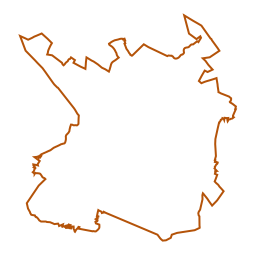 Suchiapa, Chiapas, Mexico (Mercator projection)
{"feature_id": "50627088B44239726364509", "entity_name": "Suchiapa", "entity_type": "district", "adm_level": 2, "iso_a3": "MEX", "parent_name": "Mexico", "parent_adm1": "Chiapas", "projection": "mercator", "projection_center": [-93.131, 16.595], "detail": "fine", "context": "isolated", "style": "outline", "palette": "amber", "viewbox_px": 256, "rotation_deg": 0, "n_neighbors": 0, "source": "geoboundaries", "source_scale": "gbopen_adm2", "svg_char_len": 5640}
<svg xmlns="http://www.w3.org/2000/svg" viewBox="0 0 256 256"><path d="M210.6,38.6L201.4,25.6L198.2,23.7L193.3,20.9L184.2,15.4L189.0,33.6L196.5,39.1L200.3,36.3L201.0,37.8L198.4,42.1L197.9,41.7L197.1,41.3L193.1,44.4L191.9,44.4L191.2,44.6L190.7,45.0L189.9,45.8L189.0,46.8L188.1,47.3L186.1,47.6L184.8,48.1L184.1,48.9L183.7,50.1L183.8,51.4L184.0,52.6L183.8,53.2L183.2,53.9L182.5,54.5L181.4,54.7L180.7,55.2L179.6,56.6L178.6,57.6L177.7,58.1L176.7,58.5L175.6,58.6L174.7,58.4L173.8,57.8L173.0,56.6L172.4,56.3L171.7,55.7L171.3,55.8L170.6,55.7L168.4,55.5L167.3,56.1L148.4,47.1L143.8,44.3L132.2,55.6L131.8,55.7L131.4,55.5L131.1,55.1L130.4,54.9L129.9,53.8L129.2,53.1L128.1,51.1L126.5,48.9L126.2,48.3L126.2,48.1L124.5,43.7L125.3,43.3L124.4,40.9L125.2,40.6L124.5,38.7L122.9,39.3L122.7,38.8L121.3,38.7L120.0,38.9L118.1,39.5L114.7,40.3L113.2,41.0L111.4,42.0L110.1,43.0L109.0,43.7L109.2,44.6L110.0,45.3L111.8,46.5L112.8,47.4L113.9,48.7L114.9,50.2L115.7,51.9L116.4,53.1L116.8,54.9L117.6,56.4L118.7,57.6L115.6,60.0L112.7,61.9L111.7,63.0L111.4,63.6L111.0,64.6L110.5,66.6L110.1,67.9L109.7,69.4L108.9,71.6L105.3,69.3L101.9,67.7L97.9,64.4L93.6,61.5L91.7,60.6L86.5,57.4L86.1,60.7L86.0,61.4L85.9,62.6L85.8,63.7L85.8,64.3L85.5,67.9L85.4,68.9L84.4,68.4L80.7,66.7L73.5,62.8L74.9,60.1L71.0,57.4L70.7,58.0L70.3,58.4L69.9,59.0L68.9,59.2L68.2,60.1L67.8,61.1L65.8,62.7L64.8,64.1L64.0,64.9L63.6,65.3L63.1,64.9L62.7,64.4L62.3,63.8L62.0,62.8L52.1,55.3L47.2,54.5L47.6,53.5L47.9,52.5L48.0,51.5L48.3,50.4L48.7,49.4L50.3,45.9L51.9,43.1L47.6,38.8L41.7,33.5L36.3,35.8L35.3,36.2L34.3,36.6L32.2,37.8L30.1,38.8L28.1,39.7L25.0,38.2L20.1,36.0L25.6,50.7L35.0,60.3L37.5,63.0L42.6,68.2L45.5,72.2L47.4,74.9L49.1,77.3L50.8,79.7L53.0,82.8L54.3,84.5L54.8,85.0L57.3,87.5L57.9,87.7L74.2,108.5L74.5,109.0L75.0,109.7L77.4,113.8L78.8,115.4L78.6,118.2L78.5,121.3L78.5,123.2L78.3,124.2L77.6,124.9L76.9,125.4L75.9,125.2L73.6,125.3L72.2,124.7L71.0,124.6L70.2,126.9L69.6,129.4L69.4,131.1L68.5,132.7L66.3,135.0L65.8,136.3L65.9,137.8L65.9,139.3L65.6,140.9L65.1,142.6L64.4,143.4L63.0,143.7L61.7,144.1L60.9,144.3L59.9,144.9L57.8,145.9L56.3,146.6L55.7,146.8L54.4,147.5L53.8,147.7L50.6,150.1L41.3,154.3L40.3,155.2L41.3,155.8L40.2,157.4L39.3,156.5L38.8,157.7L38.0,156.5L37.5,156.9L36.4,156.9L34.5,157.1L39.7,161.0L37.6,164.3L37.9,165.4L37.2,165.2L33.3,164.4L33.4,165.4L34.9,167.1L33.9,167.5L35.1,168.5L34.7,168.9L34.4,169.4L34.1,170.5L33.6,171.5L32.8,172.2L34.6,173.8L34.6,174.0L35.3,172.9L35.5,173.0L36.2,173.2L37.3,173.2L38.0,173.3L38.5,173.3L39.5,173.5L40.2,173.8L40.9,174.7L41.6,175.7L42.1,176.6L42.7,177.4L44.5,178.2L45.0,178.6L45.1,178.8L45.4,179.1L43.0,181.4L38.7,185.6L26.8,203.2L28.0,208.5L30.0,212.1L30.3,213.2L30.8,213.9L30.9,214.2L31.2,214.7L32.1,215.0L34.2,215.3L34.5,215.3L35.0,215.5L35.3,216.5L36.0,217.1L36.4,217.0L37.3,217.8L38.1,218.7L39.3,220.4L39.6,220.6L41.0,221.5L45.8,221.5L46.9,222.0L50.0,222.2L52.7,223.3L54.4,224.1L55.8,223.9L56.7,223.8L58.1,223.6L58.7,224.7L59.1,226.0L62.9,224.4L62.2,226.7L62.3,226.8L62.8,226.6L63.3,226.0L65.0,227.0L65.4,225.8L65.8,225.8L66.1,225.7L67.1,225.4L67.1,225.7L67.1,226.2L66.7,226.9L66.6,227.1L66.4,227.9L67.9,227.8L68.5,227.8L68.9,224.6L70.3,225.1L70.5,225.1L69.8,228.2L71.1,228.4L71.6,226.6L71.8,226.5L73.6,226.5L73.6,227.4L73.7,227.5L73.5,228.3L73.5,228.5L75.0,231.6L74.9,231.7L75.0,231.8L75.2,231.5L76.0,229.9L77.8,228.0L78.2,227.5L78.5,226.9L79.4,227.1L78.8,228.7L92.6,231.3L93.1,231.1L94.9,231.4L95.8,231.4L96.5,230.9L97.0,230.5L97.5,230.0L98.1,229.5L98.5,229.0L99.2,228.0L99.4,227.1L99.4,225.7L99.3,224.6L95.9,223.4L95.4,221.8L96.0,221.3L96.9,221.3L97.0,221.3L97.3,221.1L97.6,220.1L97.2,219.7L96.9,219.5L96.6,219.4L96.3,219.4L95.8,219.1L97.3,218.2L97.0,218.0L98.0,216.7L99.2,216.3L96.9,216.3L97.8,212.0L98.3,210.1L99.2,210.7L99.3,210.7L101.6,211.8L101.9,213.0L103.6,212.5L103.8,212.5L103.9,211.9L106.1,213.0L157.5,234.7L160.1,238.2L160.8,239.0L162.7,240.6L166.0,240.3L170.8,237.8L171.8,234.7L177.1,232.9L194.7,230.2L199.6,227.9L199.7,227.4L199.5,225.5L199.4,216.3L198.7,215.4L198.4,213.7L198.3,213.2L198.8,211.7L200.1,209.7L202.5,199.3L202.4,195.2L202.9,193.3L203.3,193.7L203.7,194.2L207.3,198.7L208.7,200.8L209.1,201.4L212.1,205.6L216.1,201.5L217.2,200.3L222.5,192.8L223.6,191.2L221.2,188.5L219.9,187.1L219.5,186.7L218.5,185.2L217.9,184.5L216.2,183.1L215.5,182.3L214.7,181.5L215.5,179.5L216.2,177.6L217.2,174.8L214.9,173.8L215.1,173.0L215.4,172.3L215.2,172.2L215.2,171.6L215.7,171.8L216.0,171.7L216.6,170.9L216.8,170.9L214.5,168.4L214.9,167.8L214.9,167.3L214.9,167.1L215.0,166.9L214.9,166.7L215.4,166.1L215.9,165.0L217.2,163.8L217.5,163.3L217.7,162.5L215.9,161.8L215.8,162.2L214.9,162.0L215.3,160.2L214.8,160.1L215.9,156.2L215.9,155.7L215.2,144.0L215.4,139.0L217.8,128.0L219.0,122.9L219.2,123.0L219.8,121.7L220.5,120.8L220.8,119.8L221.1,119.8L221.7,119.5L222.2,118.7L222.4,118.1L222.9,118.3L223.7,118.8L224.2,120.0L224.6,117.8L226.8,118.1L228.0,118.0L227.3,119.6L227.7,121.3L227.9,121.0L227.9,120.5L228.3,120.0L228.6,119.8L228.8,119.4L230.1,119.3L230.6,118.9L230.9,118.8L231.6,118.7L232.3,118.5L232.9,118.0L233.8,117.3L233.0,116.7L233.0,115.7L234.0,113.3L234.9,111.3L235.8,109.3L235.2,109.2L235.9,106.5L232.6,103.9L230.0,102.3L229.8,101.9L230.0,101.6L230.7,100.9L231.1,99.7L231.1,98.3L230.6,97.9L229.7,97.2L229.1,96.6L220.7,93.3L219.4,92.5L218.5,92.2L218.5,91.8L218.2,89.7L218.0,88.2L217.7,86.3L217.5,84.1L217.2,82.5L217.1,81.6L216.9,80.7L216.5,78.1L214.5,78.8L212.0,79.6L209.4,80.4L206.6,81.2L204.5,81.9L201.4,83.2L198.9,81.0L201.8,75.6L204.7,70.6L207.6,72.0L212.6,69.6L208.3,64.8L205.5,60.9L202.8,58.3L209.7,57.3L219.4,50.8L217.7,48.2L212.1,40.5L212.0,40.4L211.3,38.9L210.9,38.7L210.6,38.6Z" fill="none" stroke="#b45309" stroke-width="2"/></svg>